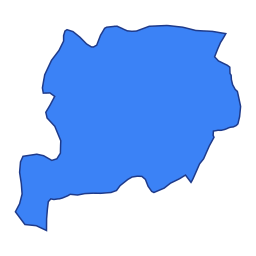 A'zaz, Aleppo, Syria
{"feature_id": "27442178B26836039619487", "entity_name": "A'zaz", "entity_type": "district", "adm_level": 2, "iso_a3": "SYR", "parent_name": "Syria", "parent_adm1": "Aleppo", "projection": "robinson", "projection_center": [37.201, 36.467], "detail": "fine", "context": "isolated", "style": "filled", "palette": "blue", "viewbox_px": 256, "rotation_deg": 0, "n_neighbors": 0, "source": "geoboundaries", "source_scale": "gbopen_adm2", "svg_char_len": 2206}
<svg xmlns="http://www.w3.org/2000/svg" viewBox="0 0 256 256"><path d="M191.0,182.4L191.5,181.6L191.7,181.2L192.0,180.7L192.5,179.7L192.9,179.0L195.3,173.6L199.6,163.8L203.6,158.8L206.2,152.9L209.4,145.7L214.0,137.3L213.6,136.4L213.1,135.2L213.2,134.4L213.3,132.7L213.3,132.4L213.4,131.1L215.5,130.7L216.8,130.5L218.1,130.2L218.9,130.3L221.2,130.3L224.6,129.5L226.5,128.8L228.9,127.7L230.7,127.2L233.3,126.9L236.1,125.6L237.4,124.4L237.9,123.8L238.3,122.3L238.3,122.1L238.6,120.9L239.6,116.7L239.8,114.6L240.6,106.6L240.5,106.0L238.2,95.1L237.5,92.0L237.3,91.3L237.1,91.2L235.1,89.3L233.7,86.7L232.6,84.7L231.4,79.6L231.1,75.2L230.0,73.5L229.8,67.2L227.4,65.3L223.7,63.5L218.4,60.9L214.6,56.8L217.7,48.9L220.5,42.5L222.6,39.2L224.6,35.8L225.8,33.6L221.9,33.0L212.5,31.4L207.4,31.1L202.6,30.9L196.2,30.5L195.9,30.5L195.0,30.3L194.7,30.2L184.8,27.7L182.6,27.2L168.4,25.6L166.8,25.5L159.8,25.8L149.2,26.3L136.6,31.0L135.8,31.1L134.0,31.2L131.7,31.3L130.0,31.1L128.8,31.0L128.1,30.9L127.5,30.9L127.2,30.8L123.5,29.2L122.6,28.7L120.2,27.6L117.9,26.6L117.2,26.2L116.8,26.2L115.3,26.3L114.5,26.3L114.4,26.3L114.1,26.4L106.7,27.2L104.6,28.3L104.0,29.4L102.6,31.8L101.1,34.3L100.6,35.1L96.7,45.2L96.5,45.3L94.5,46.4L93.8,46.8L93.6,47.0L91.3,46.9L89.8,45.9L89.5,45.8L89.2,45.6L86.5,43.9L81.4,38.7L80.1,37.4L79.9,37.2L79.7,37.0L78.8,36.3L76.1,34.1L73.0,31.6L69.9,30.6L67.0,29.7L65.0,31.0L63.6,35.6L63.6,41.1L59.0,50.4L51.5,60.3L44.7,74.8L44.3,77.2L43.8,79.8L42.4,87.9L43.3,93.1L47.9,93.0L49.9,92.9L54.7,96.4L50.1,105.1L45.8,112.3L47.1,118.0L54.8,126.3L60.8,140.8L60.6,145.0L60.4,153.2L56.9,158.8L51.8,160.4L43.6,155.7L36.8,154.2L23.0,156.3L20.5,161.9L19.6,172.3L21.3,183.6L22.1,194.0L19.6,203.8L15.4,211.8L24.9,224.5L36.3,225.7L41.4,228.1L46.5,230.5L46.6,218.8L47.4,209.0L48.3,201.7L50.8,198.9L53.9,199.5L57.8,198.9L59.5,198.8L62.4,198.0L67.7,195.8L70.2,194.3L77.6,195.0L84.8,193.6L92.9,193.2L100.8,193.3L106.9,192.8L111.0,192.5L116.5,190.5L120.1,185.6L124.0,182.5L127.9,179.4L132.1,177.0L137.4,176.2L141.9,176.4L145.4,179.4L148.1,186.3L151.7,191.4L153.9,192.5L164.2,188.1L170.4,183.2L179.4,178.8L179.9,178.5L180.4,178.2L182.8,176.7L185.5,175.1L191.0,182.4Z" fill="#3b82f6" stroke="#1e3a8a" stroke-width="1.5"/></svg>